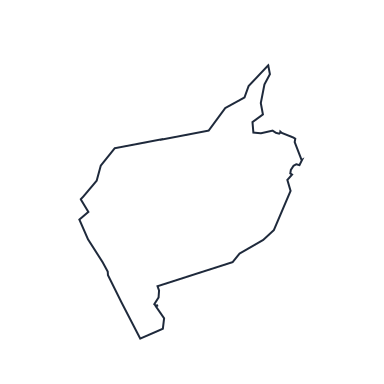 the district of Agia Marina Chrysochous, Paphos, Cyprus, rotated 309°
{"feature_id": "46923920B44932940301166", "entity_name": "Agia Marina Chrysochous", "entity_type": "district", "adm_level": 2, "iso_a3": "CYP", "parent_name": "Cyprus", "parent_adm1": "Paphos", "projection": "mercator", "projection_center": [32.543, 35.118], "detail": "fine", "context": "isolated", "style": "outline", "palette": "slate", "viewbox_px": 384, "rotation_deg": 309, "n_neighbors": 0, "source": "geoboundaries", "source_scale": "gbopen_adm2", "svg_char_len": 906}
<svg xmlns="http://www.w3.org/2000/svg" viewBox="0 0 384 384"><g transform="rotate(309 192 192)"><path d="M338.5,171.5L310.0,169.3L298.5,173.3L278.2,165.0L250.2,166.3L213.5,135.3L213.8,135.2L177.4,104.4L155.1,104.5L140.8,110.8L119.9,110.4L116.4,110.1L116.2,110.4L111.3,124.0L99.7,121.8L89.8,140.9L81.2,166.7L77.1,176.6L74.5,179.0L62.0,206.3L45.5,244.0L67.4,255.4L76.3,249.8L80.3,236.1L82.5,236.8L80.8,235.1L81.1,233.3L89.0,232.4L94.7,228.4L97.1,224.5L163.1,267.7L174.1,267.7L199.6,277.5L213.9,279.6L254.9,267.9L261.4,258.5L268.5,258.8L268.3,256.7L271.4,254.9L276.3,254.4L279.2,255.6L280.5,258.6L286.3,257.3L285.8,257.1L295.4,240.4L298.4,238.7L298.1,236.5L294.4,224.5L294.5,222.7L293.6,223.3L292.2,223.0L290.8,220.0L290.4,216.0L281.0,208.6L276.8,202.3L284.4,195.0L296.9,198.3L304.4,189.5L321.2,180.6L332.6,178.4L338.0,172.0L338.4,171.7L338.5,171.5Z" fill="none" stroke="#1e293b" stroke-width="2"/></g></svg>